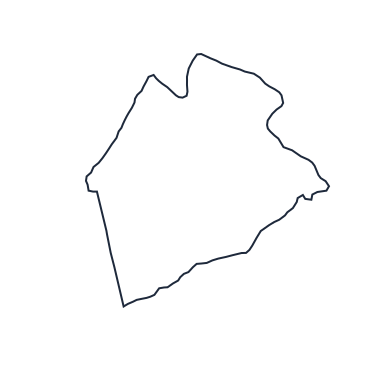 Santa Mônica, Paraná, Brazil, rotated 218°
{"feature_id": "56859067B36608698107987", "entity_name": "Santa Mônica", "entity_type": "district", "adm_level": 2, "iso_a3": "BRA", "parent_name": "Brazil", "parent_adm1": "Paraná", "projection": "robinson", "projection_center": [-53.11, -23.144], "detail": "fine", "context": "isolated", "style": "outline", "palette": "slate", "viewbox_px": 384, "rotation_deg": 218, "n_neighbors": 0, "source": "geoboundaries", "source_scale": "gbopen_adm2", "svg_char_len": 1681}
<svg xmlns="http://www.w3.org/2000/svg" viewBox="0 0 384 384"><g transform="rotate(218 192 192)"><path d="M175.4,59.7L173.6,64.4L170.9,69.3L169.2,72.9L165.9,76.8L162.6,80.6L160.4,83.8L158.3,87.8L158.6,95.9L155.3,99.5L152.6,101.9L150.7,108.2L148.4,113.7L148.8,117.7L148.0,122.5L145.5,126.7L145.0,133.3L144.1,138.2L140.6,141.4L136.7,145.2L133.8,150.7L130.3,155.7L125.3,161.7L121.1,167.2L115.4,174.4L111.9,177.3L111.1,181.7L111.5,186.8L112.9,195.8L113.8,203.6L110.8,213.5L108.7,219.0L106.2,223.8L104.3,230.8L104.4,234.7L102.6,241.4L103.3,248.6L105.0,252.3L102.8,257.9L98.5,256.3L93.2,259.4L95.6,264.1L93.2,269.2L86.9,275.8L87.6,280.9L93.4,282.8L99.0,282.2L102.8,283.2L111.5,288.1L115.4,289.2L120.0,289.1L128.2,287.1L138.8,286.5L147.5,283.7L156.9,287.3L161.8,287.3L167.7,287.9L171.3,288.7L174.1,291.0L176.4,295.0L176.9,303.1L176.1,309.1L174.4,314.7L175.0,318.3L181.0,323.3L184.6,324.3L190.1,323.9L196.2,322.8L201.0,322.5L208.9,323.9L216.1,323.3L224.6,319.4L229.6,318.1L237.8,314.8L247.4,311.6L253.7,310.5L259.9,308.7L269.7,306.4L272.7,303.5L272.3,296.0L270.6,287.3L266.9,279.7L264.4,276.6L261.9,273.3L257.3,268.2L255.5,264.5L257.5,260.6L260.9,258.6L264.2,258.3L276.1,259.4L282.1,259.0L286.7,259.1L290.2,259.5L294.3,260.6L297.1,256.0L296.1,251.3L295.1,245.2L294.0,240.6L294.9,234.9L294.3,230.4L292.4,227.1L291.2,221.3L290.6,215.3L290.0,211.2L289.2,207.1L288.2,202.8L287.1,199.1L287.1,194.6L284.8,188.2L284.6,180.2L284.1,174.9L283.7,169.9L283.4,163.6L283.5,157.5L285.0,151.1L283.5,145.2L284.6,139.4L282.4,135.5L278.8,133.5L274.3,129.4L270.2,131.4L267.2,133.8L235.5,108.7L233.0,106.4L229.4,103.3L218.6,94.0L206.9,85.0L175.4,59.7Z" fill="none" stroke="#1e293b" stroke-width="2"/></g></svg>